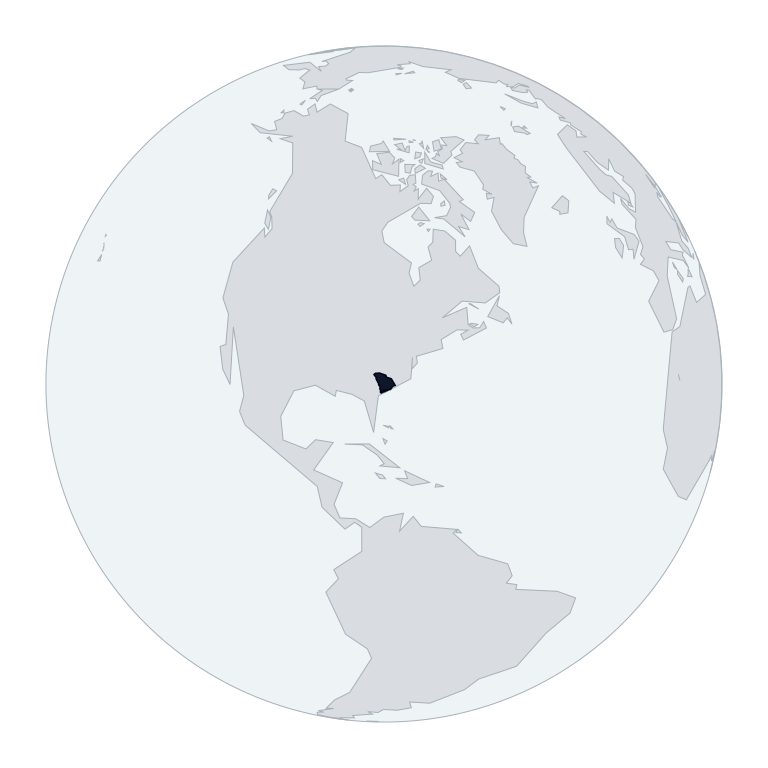 the Earth from above South Carolina, rotated 15°
{"feature_id": "USA-3545", "entity_name": "South Carolina", "entity_type": "State", "adm_level": 1, "iso_a3": "USA", "parent_name": "United States of America", "parent_adm1": "", "projection": "orthographic", "projection_center": [-80.855, 33.625], "detail": "fine", "context": "on_globe", "style": "filled", "palette": "ink", "viewbox_px": 768, "rotation_deg": 15, "n_neighbors": 0, "source": "natural_earth", "source_scale": "10m", "svg_char_len": 12941}
<svg xmlns="http://www.w3.org/2000/svg" viewBox="0 0 768 768"><g transform="rotate(15 384 384)"><circle cx="384" cy="384" r="338" fill="#eef3f6" stroke="#a8b0b8"/><path d="M399.6,528.2L391.6,525.1L383.8,534.3L356.1,519.1L346.0,500.2L260.5,459.7L251.6,447.9L251.5,431.2L223.7,367.7L235.4,424.3L224.4,411.4L215.9,390.1L221.0,386.8L215.7,356.7L206.1,342.6L206.5,305.4L228.0,264.3L230.9,273.0L235.7,262.9L232.4,251.8L229.0,247.1L241.1,204.2L233.5,174.8L220.3,173.9L231.7,168.3L199.4,173.3L188.4,166.7L207.5,169.3L214.6,166.1L210.4,158.7L216.8,153.9L218.4,147.9L226.4,143.2L236.9,146.1L242.3,143.4L239.0,138.4L244.9,131.3L248.9,138.8L259.7,127.4L279.3,132.1L283.6,159.5L301.1,161.2L322.9,187.8L327.6,182.4L338.8,190.4L348.3,187.5L349.6,194.1L356.1,186.2L353.0,180.8L354.8,175.8L360.1,173.8L362.8,181.6L360.5,183.7L364.1,185.1L363.1,189.9L366.6,186.4L369.2,196.7L374.5,183.9L383.2,190.0L382.8,197.6L372.5,200.0L345.9,226.7L342.3,236.7L347.6,247.4L379.2,260.0L379.5,270.3L387.5,281.9L392.1,274.2L387.5,262.6L398.0,252.2L391.1,240.2L394.4,234.5L391.5,221.7L403.1,220.5L415.9,226.6L418.9,237.5L424.7,240.8L430.9,228.4L445.2,247.8L469.7,259.8L472.2,265.8L460.8,279.5L438.0,283.7L423.2,305.0L444.1,288.5L449.9,305.0L455.6,306.9L461.9,304.9L464.1,297.8L468.4,303.4L449.4,320.9L445.2,316.1L451.2,310.3L440.5,312.8L427.7,326.3L431.7,334.4L408.2,348.8L410.8,355.1L407.1,362.3L404.6,351.0L408.6,372.0L381.6,396.9L386.5,433.5L369.4,405.5L355.8,402.3L339.6,402.5L340.1,408.5L318.0,402.9L298.7,413.9L292.6,442.0L301.0,464.2L325.4,467.0L332.3,455.5L350.1,453.7L338.3,485.2L369.5,490.2L366.9,513.2L376.1,524.8L391.5,521.5L407.4,526.3L418.4,512.6L436.2,503.8L437.1,522.1L446.5,504.3L456.8,511.9L492.0,505.6L489.4,510.2L519.1,525.1L550.1,525.7L557.4,536.0L553.8,544.7L564.2,543.4L564.4,548.3L604.9,539.4L624.4,541.1L623.0,557.0L605.0,582.7L585.1,622.3L551.9,644.4L541.0,658.3L510.8,680.5L491.0,684.5L494.2,689.6L481.2,695.7L467.6,698.6L463.2,702.9L453.1,704.6L458.4,705.8L439.5,712.3L441.9,714.2L427.4,717.8L429.4,718.3L424.8,718.8L419.4,719.6L418.1,720.0L405.3,720.4L404.4,718.4L411.0,716.5L405.1,716.5L419.3,710.5L412.0,712.2L418.1,701.9L430.7,690.7L443.0,652.2L436.6,644.2L411.6,635.6L381.7,600.1L390.4,583.9L383.5,576.3L405.9,551.4L399.6,528.2ZM75.5,339.1L77.8,331.9L77.9,338.8L75.5,339.1ZM78.2,326.1L77.6,328.8L77.9,326.2L78.2,326.1ZM77.8,323.2L78.1,325.3L77.5,323.6L77.8,323.2ZM76.9,320.1L77.5,321.5L77.3,321.6L76.9,320.1ZM385.3,445.7L420.9,460.8L401.2,464.2L404.8,460.9L395.7,454.3L378.9,448.4L361.5,452.2L385.3,445.7ZM76.6,313.4L76.6,311.5L77.4,312.1L76.6,313.4ZM400.0,425.2L393.9,424.1L399.8,423.7L400.0,425.2ZM226.4,246.0L231.6,252.2L232.3,264.4L227.2,259.6L226.4,246.0ZM226.1,224.2L230.3,225.2L224.5,235.0L223.9,231.3L226.1,224.2ZM209.4,174.8L212.5,178.6L207.4,176.7L209.4,174.8ZM217.2,148.0L214.4,148.6L216.4,145.3L217.2,148.0ZM385.4,223.3L388.4,222.6L387.4,225.3L385.4,223.3ZM381.3,218.7L377.9,222.5L375.4,220.9L377.6,218.6L381.3,218.7ZM230.5,135.3L234.7,130.3L232.3,135.8L230.5,135.3ZM386.0,214.5L371.5,217.7L367.3,215.0L371.8,204.1L386.0,214.5ZM238.4,127.7L248.4,116.4L242.9,116.4L264.2,110.7L248.6,121.7L246.5,128.3L243.6,125.8L238.4,127.7ZM349.7,180.0L353.2,185.6L345.4,182.9L349.7,180.0ZM344.3,179.6L317.6,179.9L315.1,171.2L324.6,172.6L317.4,163.4L329.3,158.8L335.9,162.9L335.2,169.3L340.3,162.8L344.3,179.6ZM274.4,109.8L278.4,107.8L276.2,110.5L274.4,109.8ZM354.9,173.6L349.8,174.1L347.2,166.5L357.1,164.0L354.8,167.2L354.9,173.6ZM309.7,163.4L309.5,157.7L319.1,152.4L320.4,149.5L329.3,158.0L309.7,163.4ZM358.0,168.0L362.2,163.1L368.2,165.0L359.8,172.5L358.0,168.0ZM342.4,165.7L341.7,162.1L345.3,163.2L342.4,165.7ZM392.0,170.2L385.9,170.5L384.0,166.5L392.0,170.2ZM363.3,161.1L361.2,160.5L359.8,159.1L363.7,156.4L363.3,161.1ZM335.5,153.9L339.5,153.1L332.3,150.1L339.2,146.5L343.9,153.0L344.8,148.6L346.9,147.6L348.4,154.2L335.5,153.9ZM363.4,149.6L371.8,157.5L383.6,157.5L385.6,161.0L366.3,160.4L363.4,149.6ZM354.5,151.7L360.5,151.1L359.9,155.4L355.4,158.5L354.5,151.7ZM342.2,141.8L330.4,145.7L329.7,144.2L342.2,141.8ZM367.0,148.7L364.9,146.9L367.9,148.2L367.0,148.7ZM349.9,142.8L345.8,144.3L345.2,142.5L349.9,142.8ZM364.1,142.3L366.8,144.7L363.9,146.7L364.1,142.3ZM357.7,141.8L357.8,139.1L361.2,146.0L356.0,142.7L357.7,141.8ZM350.0,140.9L348.3,140.4L351.8,140.6L350.0,140.9ZM373.7,133.8L378.6,142.0L372.1,146.2L368.2,137.5L373.7,133.8ZM426.0,719.3L406.0,720.6L417.6,720.1L427.4,718.6L437.2,717.7L426.0,719.3ZM454.2,714.1L464.5,711.7L466.5,711.4L459.8,713.1L454.2,714.1ZM640.8,164.3L625.5,147.8L641.1,168.4L633.5,162.9L612.7,138.3L597.5,122.3L594.1,119.8L595.0,123.3L582.6,113.9L594.3,124.3L596.1,124.3L603.4,131.3L602.2,131.8L597.9,128.2L599.9,132.3L619.9,149.8L624.0,151.7L634.8,168.9L642.5,174.0L648.6,182.2L637.8,176.8L632.1,171.5L619.3,173.4L626.3,180.1L638.8,179.3L638.8,182.3L648.4,193.0L641.1,187.3L625.6,187.8L629.5,206.2L649.8,245.3L648.8,256.8L641.0,261.5L618.2,235.5L622.9,213.0L614.9,204.9L600.7,202.0L603.3,195.9L598.2,192.4L598.6,184.3L586.3,167.7L584.8,159.7L567.5,148.8L564.4,143.6L575.5,151.3L582.5,152.9L577.3,135.3L572.6,130.5L561.7,125.2L561.7,121.6L551.8,118.8L542.7,108.3L545.5,119.3L532.9,114.8L520.5,106.7L516.9,107.6L536.9,120.9L544.5,124.6L550.2,124.5L571.2,138.2L575.6,145.4L555.6,139.6L559.8,149.8L542.4,142.0L498.8,108.6L487.0,98.0L494.0,86.2L503.9,89.8L506.4,95.5L515.7,92.9L509.4,91.7L509.3,89.2L497.2,85.4L496.6,83.5L486.0,83.5L483.9,80.8L490.6,80.8L470.8,74.2L463.0,68.9L458.9,68.5L456.6,69.5L448.2,62.9L445.5,62.9L447.2,65.0L442.9,66.6L432.1,67.2L429.8,64.9L433.4,64.3L437.5,60.2L447.4,59.9L445.4,59.1L436.2,58.9L431.2,63.8L425.3,64.9L426.3,62.0L425.5,63.1L421.8,63.0L416.1,60.9L414.4,64.1L377.5,69.4L362.6,67.0L367.6,63.1L339.4,67.3L324.8,66.2L326.5,67.8L314.0,72.2L318.4,72.5L318.2,73.7L288.2,87.4L279.4,89.5L268.3,99.1L269.1,100.2L275.0,99.0L264.2,110.7L242.9,116.4L242.1,113.5L229.3,119.9L229.4,112.7L223.5,110.3L231.0,100.0L225.7,99.8L221.3,102.5L210.7,105.0L204.4,102.3L229.1,92.4L242.5,98.3L238.7,94.3L245.4,92.0L247.6,88.9L244.5,87.0L240.5,88.6L265.3,72.4L269.4,66.8L254.9,72.9L244.9,76.7L240.1,78.2L262.6,68.6L285.8,60.7L309.4,54.4L333.4,49.9L357.7,47.1L382.1,46.1L406.6,46.8L430.9,49.4L455.0,53.6L478.7,59.6L501.9,67.3L524.5,76.7L546.4,87.6L567.4,100.2L587.4,114.2L606.4,129.6L624.2,146.3L640.8,164.3ZM721.9,385.4L721.4,366.8L720.7,362.7L720.4,373.7L718.7,368.9L717.8,374.2L706.0,417.6L697.5,416.5L675.8,394.0L674.4,372.5L665.5,355.6L648.8,259.1L654.9,251.9L652.6,212.3L654.1,210.0L664.8,224.3L671.5,214.3L661.3,197.6L657.0,185.3L649.7,175.2L664.5,195.6L677.7,216.9L689.4,239.3L699.3,262.4L707.4,286.2L713.8,310.5L718.4,335.2L721.1,360.2L721.9,385.4ZM665.8,298.4L668.9,304.0L669.0,304.1L665.8,298.4ZM552.6,91.1L550.5,90.0L555.0,92.7L574.8,105.2L575.9,105.9L552.6,91.1ZM493.0,505.1L497.3,507.8L491.8,509.0L493.0,505.1ZM398.7,472.2L406.1,472.3L410.1,475.1L404.5,476.4L398.7,472.2ZM460.2,467.0L468.5,467.5L460.0,470.3L460.2,467.0ZM426.4,462.5L453.5,467.3L436.9,474.9L419.7,472.0L431.4,469.3L426.4,462.5ZM397.1,437.0L401.8,438.2L400.6,441.9L397.1,437.0ZM404.3,425.0L402.5,425.4L400.1,422.5L404.3,425.0ZM451.0,303.9L452.7,302.7L459.2,302.1L456.5,305.4L451.0,303.9ZM485.9,283.6L492.1,293.0L485.8,288.2L483.3,294.1L466.8,292.0L472.6,268.7L472.9,279.3L485.9,283.6ZM446.4,283.9L456.2,287.1L445.3,284.6L446.4,283.9ZM569.0,183.9L573.5,182.5L579.6,188.2L581.4,200.7L572.5,192.3L569.0,183.9ZM578.3,179.4L557.9,171.5L555.9,164.2L560.5,169.5L561.3,165.5L568.8,173.0L586.9,174.8L593.4,180.1L593.2,198.8L589.7,189.4L585.5,191.0L578.3,179.4ZM509.2,171.8L500.4,170.3L507.6,156.0L515.1,159.2L517.4,171.1L509.9,174.6L509.2,171.8ZM396.7,195.6L392.9,197.5L392.1,195.1L394.8,191.6L396.7,195.6ZM389.3,170.7L412.8,185.5L409.6,188.2L427.2,194.8L425.6,204.6L414.2,199.9L426.2,212.9L415.3,212.6L424.3,220.9L399.2,209.2L389.8,210.2L400.9,205.2L402.6,196.0L400.6,192.3L387.8,182.8L368.6,181.1L367.2,172.4L371.4,166.7L375.8,165.8L375.3,171.6L381.6,166.2L384.2,173.9L389.3,170.7ZM421.1,116.7L418.6,121.9L431.7,116.2L434.3,122.3L435.7,121.3L441.7,125.6L451.4,129.4L451.1,132.4L455.0,132.6L459.1,135.8L464.4,137.3L465.7,143.5L472.2,146.0L469.1,147.6L480.0,150.3L472.5,151.2L477.1,156.0L481.9,152.6L476.2,186.7L479.6,201.6L486.5,214.1L472.6,215.0L457.3,204.5L443.2,189.3L442.0,175.3L435.9,178.8L433.5,173.3L439.3,172.8L429.0,170.3L428.5,165.8L416.0,154.9L401.4,154.9L396.5,151.3L402.0,149.1L393.2,147.2L400.2,140.7L396.9,138.1L400.5,129.6L413.0,127.5L408.3,124.8L410.8,118.8L421.1,116.7ZM375.1,131.4L389.6,126.4L398.1,127.6L388.3,142.1L390.4,145.3L384.4,155.5L372.1,153.7L375.0,150.9L374.9,147.8L378.8,149.5L375.6,145.8L379.4,142.0L377.9,138.2L383.0,137.5L375.1,131.4ZM649.4,201.5L649.3,198.8L647.8,193.6L653.8,200.6L649.4,201.5ZM639.2,202.0L638.2,198.5L645.9,204.9L646.0,208.1L639.2,202.0ZM631.1,191.5L637.6,197.8L634.1,196.2L631.1,191.5ZM573.9,148.1L572.1,144.6L574.5,145.3L578.5,148.5L573.9,148.1ZM460.4,104.1L457.6,106.1L455.4,105.2L444.7,106.4L441.8,102.4L447.2,100.1L460.4,104.1ZM631.9,154.6L638.5,162.1L638.3,162.1L636.1,159.5L631.9,154.6ZM649.6,181.6L648.7,177.7L651.2,183.6L649.6,181.6ZM455.5,100.0L451.4,100.8L452.5,98.3L455.5,100.0ZM439.2,99.7L439.4,96.7L440.2,102.1L439.2,99.7ZM425.4,72.5L443.6,74.7L454.7,74.9L458.1,72.2L461.2,77.5L443.9,77.2L425.4,72.5ZM383.6,69.7L380.8,72.9L376.8,71.7L376.9,70.7L383.6,69.7ZM385.6,71.5L391.9,75.5L386.9,77.5L382.9,73.9L385.6,71.5ZM424.3,85.9L429.9,86.7L428.9,88.6L424.3,85.9ZM230.1,83.2L247.5,76.0L248.5,76.2L225.8,85.6L230.9,82.9L228.2,84.2L226.1,85.3L230.1,83.2ZM276.3,106.8L278.2,107.7L274.5,108.5L276.3,106.8ZM320.9,73.8L320.0,75.6L315.6,76.0L320.9,73.8ZM315.2,81.1L320.8,79.3L315.8,82.2L315.2,81.1ZM333.1,75.4L323.5,79.1L331.3,74.3L333.1,75.4Z" fill="#d9dde1" stroke="#a8b0b8" stroke-width="1"/><path d="M395.2,382.4L395.1,382.5L394.8,382.7L394.3,383.0L393.7,383.4L393.4,383.8L392.5,385.2L392.4,385.4L392.4,385.5L392.2,386.2L392.2,386.3L392.2,386.0L392.1,385.9L391.8,385.8L391.8,385.6L392.0,385.3L392.2,385.1L391.8,385.5L391.7,385.6L391.7,385.8L391.7,386.0L391.8,386.1L392.1,386.2L392.1,386.3L392.2,386.5L392.0,386.8L392.0,386.7L391.9,386.6L391.9,386.8L391.7,386.8L391.5,386.7L391.5,386.8L391.7,387.0L391.4,387.2L391.3,387.3L391.3,387.5L390.9,387.6L390.7,387.7L390.6,387.4L390.4,387.5L390.2,387.6L390.1,387.9L390.1,388.0L390.3,388.0L390.0,388.3L389.9,388.3L389.8,388.5L389.7,388.6L389.5,388.8L389.2,389.0L388.9,389.1L388.8,388.9L388.7,388.9L388.9,388.6L388.7,388.5L388.6,388.8L388.5,389.0L388.4,388.9L388.5,389.0L388.8,389.2L388.9,389.4L388.8,389.5L388.5,389.7L388.3,389.7L388.2,389.7L388.1,389.8L388.3,389.9L388.2,390.0L387.7,390.1L387.4,390.2L387.1,390.0L387.0,389.9L386.9,389.9L387.0,390.0L387.3,390.2L387.2,390.3L386.7,390.6L386.4,390.4L386.4,390.5L386.3,390.8L386.2,390.7L385.8,390.6L385.6,390.4L385.6,390.5L385.1,390.5L384.9,390.5L385.0,390.6L385.4,390.7L385.6,390.6L385.9,390.8L385.7,390.8L385.4,390.8L385.8,390.9L385.9,391.0L386.0,391.1L385.9,391.2L385.7,391.3L385.5,391.5L385.8,391.5L385.9,391.4L386.1,391.2L386.1,391.4L386.0,391.5L385.9,391.5L386.0,391.6L385.9,391.7L385.5,391.9L385.4,391.9L385.1,392.0L385.1,391.9L385.1,391.7L385.1,391.3L384.9,391.4L385.0,391.0L385.0,390.9L384.9,390.8L385.0,390.9L384.9,391.0L384.9,391.5L385.0,391.7L384.9,391.8L384.5,391.5L384.4,391.1L384.3,390.9L384.4,390.7L384.2,390.6L384.1,390.4L384.1,390.5L384.2,390.8L384.2,391.1L384.3,391.3L384.3,391.5L384.4,391.8L384.5,392.1L384.8,392.1L384.9,392.3L384.7,392.5L384.2,392.9L384.2,392.7L384.4,392.4L384.4,392.1L384.3,392.4L384.3,392.5L384.1,392.6L384.1,392.8L383.8,393.2L383.8,393.3L383.7,393.4L383.5,393.2L383.3,393.1L383.2,393.0L382.9,393.1L382.7,392.9L382.6,392.7L382.5,392.4L382.6,392.2L382.6,391.9L382.6,391.7L382.4,391.5L382.3,391.0L382.3,390.8L382.3,390.7L382.1,390.7L382.0,390.4L381.9,390.4L381.8,390.2L381.7,390.2L381.3,390.0L381.3,389.9L381.3,389.7L381.2,389.4L381.3,389.3L381.3,389.2L381.2,389.0L381.2,388.9L381.2,388.7L380.9,388.1L380.8,387.8L380.8,387.7L380.7,387.4L380.3,387.2L380.1,387.1L379.7,386.9L379.5,386.7L379.5,386.4L379.3,386.4L379.2,386.3L379.1,386.1L379.1,385.9L378.9,385.8L378.7,385.5L378.7,385.4L378.7,385.2L378.8,385.2L378.7,385.1L378.7,384.9L378.5,384.7L378.4,384.6L378.2,384.4L378.0,384.2L377.7,384.1L377.4,383.9L377.3,383.6L377.2,383.5L377.2,383.2L376.8,382.8L376.6,382.7L376.4,382.5L376.1,382.4L376.0,382.2L375.9,382.1L375.7,382.0L375.6,381.9L375.5,381.5L375.4,381.4L375.3,381.2L375.2,381.1L375.1,380.9L374.9,380.7L374.7,380.1L374.4,379.5L374.3,379.3L374.3,379.1L374.1,378.8L373.5,378.8L373.3,378.7L373.2,378.5L373.0,378.3L372.8,378.2L372.7,378.0L372.0,377.7L371.9,377.5L371.9,377.2L372.0,377.1L372.1,376.9L372.3,376.7L372.5,376.5L372.6,376.4L372.9,376.2L373.0,376.1L373.1,375.8L374.6,375.3L374.8,375.3L375.1,375.2L375.4,375.1L375.6,375.0L375.8,374.9L376.1,374.9L376.3,374.8L376.4,374.7L376.5,374.6L377.1,374.6L383.0,375.0L383.0,375.4L383.0,375.5L383.6,375.2L383.7,375.3L384.3,376.1L384.3,376.8L389.6,377.0L389.8,377.1L395.2,382.4ZM391.5,387.3L391.4,387.6L391.4,387.4L391.5,387.2L391.5,387.3L391.5,387.3Z" fill="#0f172a" stroke="#020617" stroke-width="1.5"/></g></svg>